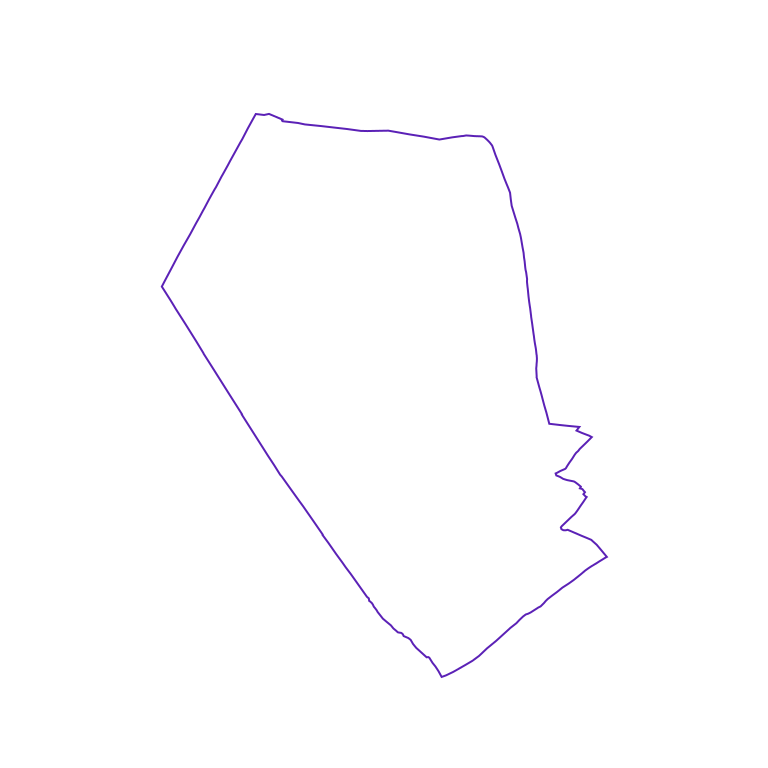 outline of Tam Nong, Ðong Tháp, Vietnam, rotated 252°
{"feature_id": "81297802B81919693811276", "entity_name": "Tam Nong", "entity_type": "district", "adm_level": 2, "iso_a3": "VNM", "parent_name": "Vietnam", "parent_adm1": "Ðong Tháp", "projection": "robinson", "projection_center": [105.496, 10.734], "detail": "fine", "context": "isolated", "style": "outline", "palette": "violet", "viewbox_px": 768, "rotation_deg": 252, "n_neighbors": 0, "source": "geoboundaries", "source_scale": "gbopen_adm2", "svg_char_len": 3901}
<svg xmlns="http://www.w3.org/2000/svg" viewBox="0 0 768 768"><g transform="rotate(252 384 384)"><path d="M599.3,512.8L599.4,512.2L607.0,498.2L613.5,485.4L619.8,473.6L623.7,466.2L624.1,464.7L624.3,464.1L629.7,446.4L631.9,440.1L637.9,427.7L642.9,416.7L648.7,404.0L653.5,393.1L655.3,389.0L658.8,382.9L665.2,368.9L666.0,368.4L666.8,369.2L676.4,358.1L676.9,353.1L680.4,345.5L676.7,341.5L669.2,333.5L660.6,324.8L658.3,322.2L649.4,312.7L643.8,306.7L640.3,303.1L633.3,295.6L631.5,293.6L627.2,289.2L623.1,285.0L621.5,283.1L616.6,277.8L613.4,274.4L606.7,267.5L604.7,265.3L599.5,259.9L595.2,255.2L593.3,253.2L586.3,245.9L577.7,236.4L568.8,226.9L559.5,217.4L550.7,208.3L545.3,202.8L529.8,206.8L524.8,208.0L519.6,209.2L502.7,213.6L493.1,216.0L487.5,217.4L482.3,218.7L469.2,221.8L468.6,221.8L454.7,225.4L423.2,233.4L399.1,239.6L398.9,239.3L384.2,243.1L357.0,250.1L351.9,251.4L340.6,254.5L329.8,257.2L327.8,258.1L309.1,264.0L298.1,267.5L293.0,269.2L274.8,274.7L259.7,279.2L259.4,278.9L250.1,282.0L236.9,286.0L227.2,289.2L221.6,290.9L213.5,293.7L199.1,298.2L186.9,302.0L184.8,303.3L182.3,302.9L181.6,303.5L179.3,304.8L177.4,305.3L175.4,305.5L173.7,306.2L171.1,307.1L169.1,307.5L164.8,309.1L161.2,310.4L157.0,313.0L152.3,316.0L148.6,317.4L145.6,319.3L143.6,320.4L143.1,321.2L142.0,323.4L140.7,324.4L139.4,324.7L138.2,324.8L137.5,325.6L134.8,328.7L132.4,330.3L127.7,331.3L123.1,333.1L110.9,340.1L110.8,340.8L110.6,341.7L109.7,342.5L103.7,344.0L99.5,345.6L94.0,347.1L87.6,348.3L87.6,348.6L87.7,352.7L88.8,360.9L91.6,374.4L93.4,382.5L96.0,390.3L100.8,400.4L105.1,411.4L112.4,427.6L112.9,428.6L115.6,436.0L117.7,439.8L119.9,444.4L121.0,447.6L121.0,447.9L121.0,450.1L121.4,452.8L122.5,457.0L123.4,460.5L123.7,461.5L124.1,464.2L126.2,468.4L127.7,470.8L128.9,473.2L130.8,478.5L132.8,484.5L135.2,490.7L137.1,497.9L139.0,503.9L142.1,512.1L144.4,517.7L145.7,521.8L146.6,525.1L148.0,531.2L148.7,533.8L149.7,538.0L150.4,540.8L150.7,542.5L158.5,539.4L165.4,536.6L170.2,533.8L171.7,533.0L175.1,529.1L178.5,525.1L181.5,521.7L188.6,513.6L188.7,511.8L189.5,509.4L191.1,507.9L193.0,507.9L193.9,509.2L199.7,521.2L201.4,525.2L202.0,526.2L203.8,528.7L207.8,533.8L210.1,536.9L213.2,540.8L213.9,541.8L214.9,540.9L217.6,539.6L219.0,541.7L220.8,540.9L222.3,540.4L222.8,540.1L223.3,539.5L224.2,538.1L225.4,539.4L225.5,539.5L225.7,539.4L226.8,538.7L228.7,537.5L231.0,535.9L232.3,534.9L233.0,533.9L234.6,531.0L236.0,528.5L237.4,526.5L238.4,525.1L241.2,522.7L242.5,521.2L243.8,519.6L245.9,519.6L246.1,521.4L246.6,523.9L246.8,525.1L247.2,529.3L247.3,530.1L247.5,530.6L247.8,531.1L248.9,532.3L249.9,533.5L252.0,536.1L254.7,539.8L257.8,543.5L259.2,545.5L260.3,548.0L261.7,550.0L262.1,550.8L266.4,559.6L269.0,564.6L269.3,565.2L271.5,563.1L273.8,560.2L276.4,557.0L280.2,552.7L282.8,556.5L286.9,547.0L290.7,538.5L295.1,528.9L306.5,529.6L313.9,529.8L319.3,530.1L324.4,530.4L328.6,530.6L332.6,530.7L343.3,531.2L343.9,531.5L344.6,531.7L351.8,533.6L354.3,534.7L355.9,535.3L358.2,536.3L359.8,536.9L361.3,537.4L363.0,537.8L364.1,538.1L365.1,538.2L368.9,539.0L370.5,539.3L371.8,539.5L376.2,540.1L379.8,540.7L383.4,541.4L385.3,541.7L388.6,542.3L392.0,542.9L395.3,543.5L397.0,543.8L402.4,544.7L404.0,545.1L404.8,545.2L405.7,545.4L407.8,545.8L410.9,546.4L413.4,546.8L417.5,547.5L422.6,548.5L424.4,548.9L430.3,550.2L431.5,550.4L432.0,550.5L436.3,551.4L437.8,551.8L439.5,552.5L446.3,553.7L448.7,553.9L451.0,554.3L457.4,555.7L461.2,556.3L465.7,557.3L471.2,558.0L479.3,559.2L481.6,559.5L483.7,559.7L484.4,559.8L490.7,560.0L495.3,560.3L501.3,560.3L514.0,560.5L520.2,561.6L527.0,563.0L532.5,562.7L536.1,562.4L541.9,562.0L544.9,561.9L550.8,561.7L557.8,561.4L560.9,561.2L567.4,560.8L572.1,560.7L576.4,560.6L577.4,560.5L578.0,560.3L580.8,559.3L582.1,558.7L584.3,557.6L587.1,556.0L587.9,555.4L588.5,554.7L589.0,554.1L589.5,553.0L591.7,546.9L593.9,541.7L595.0,538.9L595.4,535.9L595.8,534.4L597.5,525.1L599.3,512.8Z" fill="none" stroke="#5b21b6" stroke-width="2"/></g></svg>